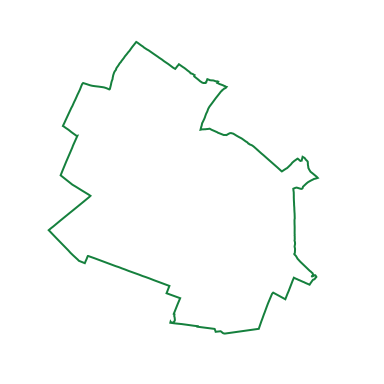 Plenita, Dolj, Romania (Natural Earth projection), rotated 14°
{"feature_id": "2599482B69376152163342", "entity_name": "Plenita", "entity_type": "district", "adm_level": 2, "iso_a3": "ROU", "parent_name": "Romania", "parent_adm1": "Dolj", "projection": "natural_earth1", "projection_center": [23.162, 44.229], "detail": "fine", "context": "isolated", "style": "outline", "palette": "green", "viewbox_px": 384, "rotation_deg": 14, "n_neighbors": 0, "source": "geoboundaries", "source_scale": "gbopen_adm2", "svg_char_len": 5870}
<svg xmlns="http://www.w3.org/2000/svg" viewBox="0 0 384 384"><g transform="rotate(14 192 192)"><path d="M333.2,244.2L332.0,243.1L331.5,242.9L331.3,243.0L330.7,243.6L329.3,244.7L328.9,244.9L328.7,244.7L328.8,244.4L329.7,243.1L328.6,241.6L327.5,241.1L326.6,240.5L325.5,240.1L322.9,238.6L321.0,237.5L314.0,233.5L311.0,231.5L310.5,231.2L309.9,230.5L309.2,229.8L308.4,229.0L307.7,228.5L306.5,227.8L306.3,227.6L306.2,227.4L306.5,226.6L306.5,226.1L306.1,224.0L305.9,222.9L305.6,221.9L305.2,221.1L304.8,220.3L304.7,219.9L304.6,218.3L304.6,217.8L304.4,216.8L304.0,215.7L303.6,214.9L303.3,214.5L303.1,212.8L302.7,211.4L302.3,209.8L302.0,209.2L302.0,208.6L301.6,207.4L300.2,201.6L299.7,199.8L299.2,198.1L298.7,196.2L298.3,194.7L298.1,193.5L298.1,192.9L297.8,191.8L296.8,188.2L296.3,186.7L295.6,184.4L295.4,183.8L295.2,182.9L294.2,179.9L293.8,178.4L292.8,175.2L292.2,173.0L292.0,172.4L291.8,171.4L291.0,168.5L290.8,167.7L290.0,165.8L289.5,164.3L291.1,163.1L292.2,162.5L292.7,162.4L294.8,162.5L296.6,162.6L297.4,162.5L297.7,162.4L298.0,162.1L298.2,161.9L298.4,161.5L298.4,161.3L298.4,160.2L298.5,159.9L301.0,156.0L302.2,154.4L304.5,152.2L306.5,150.5L307.1,149.9L309.2,148.8L310.6,147.9L309.4,147.1L304.2,144.6L303.0,144.1L302.0,143.6L300.4,142.0L299.0,140.4L298.9,139.8L297.8,137.4L297.6,136.5L296.9,134.5L295.9,133.8L294.6,133.1L294.1,132.7L293.8,132.3L292.9,131.7L290.8,131.1L290.8,133.3L290.8,134.9L290.7,134.9L289.9,135.6L289.5,135.6L289.1,135.4L288.4,135.0L286.6,134.1L286.3,134.1L285.9,134.6L283.6,137.3L282.2,139.3L281.3,141.3L279.7,143.9L278.5,145.8L278.3,146.0L278.0,146.2L276.1,148.2L275.4,149.0L274.2,150.3L273.7,150.1L269.1,147.6L265.2,145.6L259.2,142.5L256.7,141.2L252.5,139.0L250.0,137.8L240.9,133.0L239.7,132.5L238.9,132.2L237.6,132.0L236.6,131.9L236.0,131.6L235.6,131.4L235.2,131.5L234.4,131.0L234.0,130.6L233.4,130.4L233.0,130.2L232.8,130.1L232.4,130.1L230.4,129.3L228.2,128.4L227.1,128.0L223.8,127.2L222.5,126.8L222.0,126.7L218.9,125.7L217.8,125.4L216.9,125.4L216.2,125.4L215.6,125.4L214.7,125.7L214.2,126.0L212.6,127.5L212.4,127.6L211.9,128.3L211.5,128.5L210.4,128.6L209.2,129.0L208.8,129.0L205.2,128.5L202.7,128.2L202.3,128.0L201.9,127.9L199.1,127.4L196.0,126.9L193.8,126.3L192.2,127.0L191.0,127.4L189.7,127.9L186.6,128.8L185.2,129.5L185.2,126.6L185.3,125.3L185.2,122.8L185.2,122.7L185.3,122.5L186.2,118.2L186.5,116.0L186.5,115.4L186.8,112.6L187.3,110.4L187.4,109.6L187.6,107.5L187.9,106.3L188.3,104.9L190.1,100.7L192.3,95.3L194.3,90.9L195.8,87.5L196.7,86.2L196.7,85.9L197.2,85.3L197.8,84.6L198.0,84.2L198.2,83.9L198.5,83.7L199.3,83.1L199.7,82.6L200.1,81.7L199.6,81.7L199.2,81.6L198.9,81.5L198.3,81.3L197.2,81.2L196.5,81.0L195.0,80.8L192.6,80.6L191.0,80.2L190.2,80.1L190.7,78.6L189.8,78.5L189.5,78.5L188.7,78.9L186.0,78.6L185.1,78.7L184.3,78.9L183.0,79.1L182.2,79.2L181.4,79.0L180.9,78.9L180.6,79.0L180.3,78.9L179.9,78.8L179.6,78.8L179.5,79.5L179.5,80.1L179.2,81.4L179.0,81.9L179.1,82.0L178.8,82.3L178.9,82.7L178.9,82.9L178.7,83.0L177.8,83.2L176.9,83.4L176.6,83.5L175.1,83.3L174.4,83.0L172.9,82.5L172.4,82.2L171.4,81.7L170.4,81.2L166.2,79.3L166.1,79.2L166.2,78.0L165.9,78.0L165.0,77.6L164.3,77.4L162.4,77.1L161.9,77.2L161.6,76.9L161.4,76.6L161.2,76.5L160.2,76.0L159.1,75.5L158.2,75.2L157.5,74.8L154.6,73.5L153.1,73.0L148.4,71.2L147.9,72.4L147.4,73.3L146.5,75.4L145.9,76.6L143.5,75.9L138.1,73.6L133.1,71.8L130.9,70.8L127.5,69.6L126.6,69.2L121.5,67.3L115.5,65.0L114.2,64.7L112.1,64.0L110.4,63.4L109.3,62.8L106.8,61.9L103.7,60.6L103.0,60.3L101.6,59.9L98.8,66.0L97.9,68.3L97.5,69.4L97.0,70.6L96.4,71.6L95.5,73.7L94.0,76.8L93.6,78.1L92.9,79.7L92.4,80.8L92.1,81.5L91.8,82.2L91.5,83.2L90.8,84.4L90.6,84.9L90.0,86.8L89.6,87.9L89.2,88.8L88.6,90.5L88.6,91.1L88.7,91.4L88.6,91.9L87.8,93.7L87.5,95.2L87.4,96.7L87.3,97.9L87.4,99.1L87.4,100.3L87.6,101.6L87.3,104.1L87.3,105.9L87.4,107.3L87.4,110.1L87.4,111.2L87.4,111.9L87.1,112.4L86.9,112.5L84.8,112.1L83.2,111.9L81.3,111.8L80.0,111.9L76.1,112.3L72.3,112.8L70.3,113.0L69.3,113.1L67.2,113.1L63.5,112.8L60.0,112.6L59.3,113.9L59.0,115.7L58.5,119.7L58.1,121.7L57.6,124.2L57.4,125.0L57.0,127.4L56.3,131.3L55.9,133.0L55.1,137.6L54.6,139.4L52.4,150.8L51.3,156.6L51.0,157.9L50.8,159.2L51.3,159.3L54.6,160.6L56.1,161.1L57.8,161.8L60.1,162.9L61.3,163.4L66.3,165.4L66.5,165.4L66.8,165.4L67.2,165.2L65.3,175.8L65.1,177.8L64.5,181.5L62.6,193.0L61.2,202.5L60.5,207.6L71.5,212.6L74.1,213.8L78.1,215.0L84.9,217.2L92.3,219.5L93.9,220.1L94.4,220.3L93.6,221.6L90.7,225.5L83.7,234.9L78.1,242.3L74.9,246.6L71.0,251.8L65.6,259.2L64.3,260.8L62.2,263.7L71.1,269.3L78.7,274.0L86.0,278.5L88.8,280.4L92.1,282.3L97.8,285.4L98.8,286.1L101.6,286.5L105.2,287.0L105.4,285.8L105.6,284.3L105.9,282.9L106.3,279.7L106.4,279.3L106.6,279.2L113.8,279.9L135.9,282.4L138.9,282.6L141.5,282.9L141.8,283.0L145.8,283.4L149.5,283.9L160.7,285.0L164.4,285.5L167.3,285.7L171.2,286.1L176.5,286.8L192.8,288.6L191.8,296.4L206.2,297.9L205.2,304.3L203.8,314.7L204.5,314.8L204.7,315.3L204.7,315.9L204.7,316.4L204.7,316.6L205.4,317.7L206.2,319.8L206.3,320.3L206.4,320.7L206.3,321.2L206.1,321.8L205.8,322.5L205.2,323.5L203.9,323.4L203.3,323.5L202.9,323.4L202.6,323.1L202.6,324.1L206.5,323.7L208.1,323.5L214.2,322.6L215.2,322.5L218.8,322.1L226.4,321.3L229.4,320.9L229.9,320.8L229.9,321.4L246.8,319.4L247.1,319.4L248.7,321.7L248.8,321.9L253.4,320.2L253.8,320.3L254.3,320.5L256.1,321.4L256.8,321.5L257.8,321.5L258.7,321.2L289.9,308.6L290.0,307.2L290.6,300.5L290.9,298.1L291.4,293.0L291.6,291.6L292.3,285.1L292.7,281.7L294.3,271.5L294.9,270.3L295.1,270.0L301.7,271.7L308.5,273.5L309.2,268.1L309.4,266.8L309.7,265.1L310.4,259.4L310.6,257.8L311.1,253.6L311.2,253.1L311.6,250.5L313.9,251.0L315.3,251.2L316.6,251.5L318.1,251.7L321.4,252.3L322.4,252.4L324.2,252.8L328.5,253.5L328.6,253.2L329.1,251.7L330.0,249.4L330.6,247.9L331.1,247.6L331.4,247.5L331.6,247.2L331.9,246.8L332.1,246.7L332.3,246.2L332.6,245.4L333.2,244.6L333.2,244.2Z" fill="none" stroke="#15803d" stroke-width="2"/></g></svg>